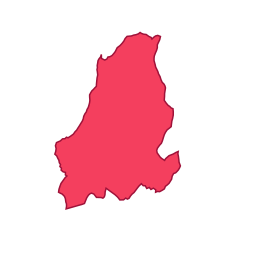 Iaras, São Paulo, Brazil (Natural Earth projection), rotated 20°
{"feature_id": "56859067B24028623946293", "entity_name": "Iaras", "entity_type": "district", "adm_level": 2, "iso_a3": "BRA", "parent_name": "Brazil", "parent_adm1": "São Paulo", "projection": "natural_earth1", "projection_center": [-49.105, -22.813], "detail": "fine", "context": "isolated", "style": "filled", "palette": "rose", "viewbox_px": 256, "rotation_deg": 20, "n_neighbors": 0, "source": "geoboundaries", "source_scale": "gbopen_adm2", "svg_char_len": 2590}
<svg xmlns="http://www.w3.org/2000/svg" viewBox="0 0 256 256"><g transform="rotate(20 128 128)"><path d="M84.7,212.1L86.5,212.4L88.8,212.6L91.7,214.0L93.3,215.8L94.9,218.8L96.1,220.3L97.0,222.5L97.5,225.2L111.3,215.2L112.9,213.8L113.1,207.7L113.8,204.6L114.7,202.9L115.9,201.7L118.4,201.7L120.1,202.7L122.1,204.0L124.1,203.3L126.7,202.5L128.4,202.5L129.3,200.8L129.2,198.7L128.4,195.9L128.0,192.1L138.6,195.1L141.3,196.2L142.8,197.0L144.9,198.4L148.4,197.0L149.8,194.7L151.8,195.0L153.0,193.7L153.6,191.0L154.4,188.8L155.7,186.6L156.6,183.7L157.3,181.3L158.1,178.9L159.6,175.8L162.0,177.0L164.0,176.4L166.3,178.4L168.3,176.6L170.6,177.9L172.4,175.9L175.2,176.6L175.9,178.9L177.3,177.6L179.5,177.0L181.3,175.0L183.0,172.8L183.1,170.0L184.3,168.2L185.5,165.9L186.0,163.5L186.5,161.3L186.0,158.2L186.4,155.2L188.1,153.8L188.9,152.1L189.7,150.1L190.1,147.8L190.2,145.7L187.7,142.7L186.7,140.6L184.9,137.1L183.7,135.2L183.2,132.9L181.4,134.6L179.4,137.0L176.0,140.0L173.8,144.0L173.5,145.9L170.0,145.1L168.1,144.3L165.8,142.7L163.8,141.3L162.6,139.1L162.6,136.7L163.6,133.3L164.6,130.9L164.7,128.3L164.5,124.7L164.4,121.8L164.7,119.2L165.4,116.4L167.1,113.7L168.1,112.0L167.4,109.0L166.8,106.3L166.7,104.1L166.1,100.4L165.0,97.3L163.7,94.5L161.7,94.4L159.7,93.4L158.1,93.1L155.3,91.5L152.6,89.6L151.5,85.7L150.6,83.1L149.5,77.5L148.4,75.9L146.9,74.5L144.4,73.3L142.3,71.1L140.5,68.7L138.2,66.7L136.7,64.7L133.1,61.2L132.0,59.4L129.4,55.7L128.6,53.5L128.1,51.4L128.1,48.2L128.3,45.3L128.1,42.5L127.1,39.8L127.6,34.2L127.2,30.9L124.3,30.8L122.4,32.1L121.1,34.0L120.1,36.2L118.8,35.0L116.2,34.8L113.1,33.9L110.6,34.5L108.3,34.5L106.7,34.1L105.6,35.9L103.6,37.6L101.5,38.8L99.8,40.3L95.8,42.2L94.7,44.9L94.4,47.6L93.5,50.5L92.3,53.3L90.4,56.2L89.9,60.5L89.2,62.8L88.2,65.4L86.5,67.3L84.9,68.1L84.5,70.5L82.9,72.1L79.3,71.7L77.8,68.0L77.9,70.7L77.1,72.9L76.8,74.9L77.3,77.4L77.7,79.8L78.6,81.8L78.9,83.8L79.9,85.5L81.4,88.5L81.8,91.5L82.5,94.3L83.3,97.4L84.0,99.7L83.1,101.6L82.3,103.6L81.4,105.3L80.9,107.6L80.6,110.0L81.4,112.1L82.7,115.0L83.3,117.7L83.5,120.2L83.6,122.3L83.2,124.5L83.3,127.3L82.7,129.2L82.4,132.1L82.8,134.7L82.7,137.2L82.2,139.4L81.5,142.9L80.9,145.4L80.5,147.5L79.5,149.7L78.8,152.4L76.7,155.5L75.0,157.7L73.3,157.7L72.4,159.6L70.2,160.6L68.9,163.2L67.2,164.8L65.8,166.2L65.9,169.5L67.5,171.9L68.1,174.8L68.2,177.6L70.6,178.6L72.1,180.2L74.1,182.0L75.4,184.2L77.1,185.4L77.2,187.5L79.2,188.5L79.6,190.5L82.1,191.4L84.4,191.1L85.2,193.5L87.0,194.0L85.9,196.2L85.0,199.5L84.0,203.0L84.0,206.3L84.1,209.1L84.7,212.1Z" fill="#f43f5e" stroke="#9f1239" stroke-width="1.5"/></g></svg>